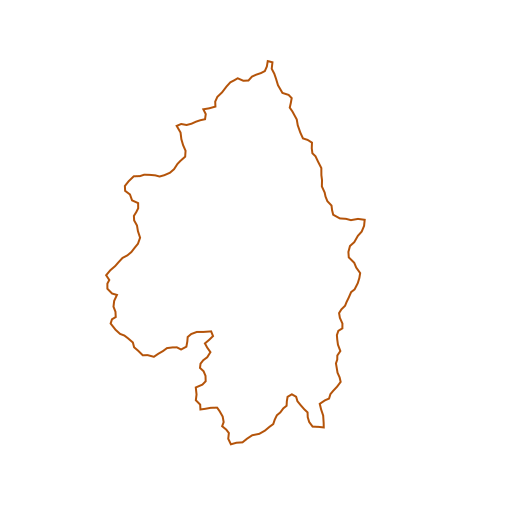 Miraí, Minas Gerais, Brazil (orthographic projection), rotated 122°
{"feature_id": "56859067B88610253511100", "entity_name": "Miraí", "entity_type": "district", "adm_level": 2, "iso_a3": "BRA", "parent_name": "Brazil", "parent_adm1": "Minas Gerais", "projection": "orthographic", "projection_center": [-42.611, -21.144], "detail": "fine", "context": "isolated", "style": "outline", "palette": "amber", "viewbox_px": 512, "rotation_deg": 122, "n_neighbors": 0, "source": "geoboundaries", "source_scale": "gbopen_adm2", "svg_char_len": 2965}
<svg xmlns="http://www.w3.org/2000/svg" viewBox="0 0 512 512"><g transform="rotate(122 256 256)"><path d="M274.5,390.6L273.6,384.0L278.0,381.2L282.3,380.8L286.7,380.8L290.4,378.2L293.2,373.1L297.5,369.3L301.9,364.0L308.2,362.6L312.8,363.2L318.7,363.8L323.6,365.4L328.4,368.2L334.3,369.3L339.2,370.1L345.3,372.0L351.7,372.9L354.1,367.7L358.2,367.4L362.5,364.7L364.1,358.2L362.7,353.3L369.2,352.5L374.5,350.0L377.8,345.6L382.1,342.6L386.0,344.6L390.3,343.5L393.0,336.0L394.1,330.0L393.2,325.5L393.6,321.1L394.6,314.6L398.0,311.0L398.8,305.7L400.2,299.4L397.5,295.4L395.6,289.2L390.6,287.0L385.9,284.5L381.3,282.7L377.8,278.4L375.4,274.7L375.0,270.0L369.8,267.0L365.0,268.9L360.9,271.0L356.5,269.6L351.7,265.9L348.0,260.0L343.7,254.1L346.7,250.0L352.3,251.4L357.2,253.0L359.5,248.9L361.7,243.7L367.7,243.7L372.3,245.5L376.7,246.0L380.6,244.2L381.5,239.4L384.4,235.3L388.9,232.3L393.5,233.3L399.4,237.4L405.0,233.0L410.2,230.6L411.6,224.6L415.6,221.8L412.7,218.3L408.7,213.9L405.2,208.6L406.9,204.6L409.8,199.2L414.0,195.4L418.3,194.5L419.0,189.2L420.5,185.2L425.7,182.7L429.0,177.5L424.7,173.6L421.2,168.7L415.7,166.8L410.0,164.2L405.1,159.0L399.4,155.9L393.6,154.0L389.4,152.3L384.8,153.4L380.0,153.9L375.8,152.5L370.7,152.1L366.8,150.7L362.8,152.9L358.7,154.6L354.3,152.3L354.1,147.4L357.2,143.9L358.9,138.9L360.4,133.9L361.3,129.4L365.3,126.7L368.6,122.9L370.7,117.6L367.6,112.1L365.5,107.7L361.8,110.1L355.7,114.5L351.5,119.6L347.6,123.6L341.8,121.0L338.2,118.5L333.7,119.7L329.4,119.1L323.9,118.0L317.9,117.5L314.6,120.8L311.8,125.0L308.4,128.0L304.7,131.3L300.8,132.2L297.3,134.3L291.9,134.1L287.8,139.5L283.7,142.9L280.2,145.5L275.8,146.5L271.6,144.4L267.5,146.9L264.0,152.1L260.4,155.3L256.0,155.3L251.0,154.1L247.1,154.8L242.3,155.3L236.2,156.2L232.1,154.7L225.1,155.3L219.9,156.7L215.3,158.6L212.7,164.9L209.7,169.1L208.0,176.6L203.6,179.8L197.7,181.6L192.2,180.0L184.9,180.3L179.3,179.3L173.2,180.3L167.7,183.0L170.5,189.2L175.3,194.5L176.8,199.4L179.7,204.8L180.1,212.4L176.9,215.7L173.2,218.7L171.7,224.5L168.8,228.5L165.8,231.4L162.1,237.0L156.7,240.2L152.8,243.4L146.8,247.2L143.1,253.4L139.9,258.4L139.0,262.6L135.1,265.8L130.2,268.6L130.2,273.8L131.4,278.5L127.8,283.9L123.0,289.9L118.6,293.8L116.3,297.9L114.1,301.8L112.3,306.0L107.7,307.6L103.2,309.4L102.1,313.7L103.7,320.0L99.5,327.9L95.2,332.8L91.7,337.1L88.9,341.9L83.0,344.7L84.5,349.3L89.6,347.2L94.5,346.5L98.2,348.7L102.1,351.9L106.0,354.5L111.2,355.4L114.1,359.6L115.0,365.7L118.6,367.6L122.3,369.8L127.8,370.8L135.2,371.5L141.5,373.1L146.7,372.4L150.8,369.6L155.6,374.0L159.5,378.4L162.3,373.8L167.0,371.7L170.4,375.2L173.8,378.0L178.0,380.8L181.7,384.3L183.7,389.4L187.7,392.2L191.3,385.4L196.5,381.2L200.6,376.6L204.1,371.5L209.3,368.7L215.3,370.5L219.6,371.4L225.8,371.5L231.0,373.1L236.1,376.6L239.7,379.9L241.0,384.2L243.5,389.1L246.3,393.9L249.7,396.7L253.2,401.9L260.0,403.6L266.1,404.3L270.1,401.5L270.6,395.5L274.5,390.6Z" fill="none" stroke="#b45309" stroke-width="2"/></g></svg>